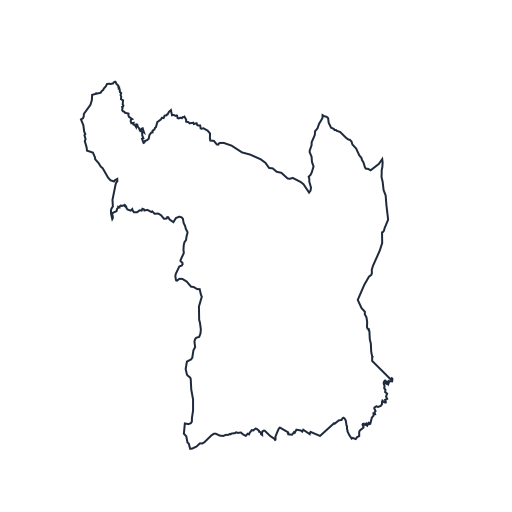 the district of Cogua, Cundinamarca, Colombia, rotated 348°
{"feature_id": "7082276B60465848550372", "entity_name": "Cogua", "entity_type": "district", "adm_level": 2, "iso_a3": "COL", "parent_name": "Colombia", "parent_adm1": "Cundinamarca", "projection": "equal_earth", "projection_center": [-74.006, 5.108], "detail": "fine", "context": "isolated", "style": "outline", "palette": "slate", "viewbox_px": 512, "rotation_deg": 348, "n_neighbors": 0, "source": "geoboundaries", "source_scale": "gbopen_adm2", "svg_char_len": 6109}
<svg xmlns="http://www.w3.org/2000/svg" viewBox="0 0 512 512"><g transform="rotate(348 256 256)"><path d="M399.6,187.5L395.3,191.5L385.9,196.0L383.7,194.0L381.7,193.5L381.0,192.2L380.6,187.0L379.6,184.0L379.5,181.8L378.0,179.2L376.3,171.7L373.5,167.0L373.2,163.9L372.1,162.0L370.5,161.2L368.7,159.2L364.1,152.2L361.1,150.4L360.4,149.4L359.1,149.2L358.5,147.8L356.1,146.1L354.8,140.8L355.2,136.1L354.1,134.6L351.6,133.3L350.4,132.1L349.7,134.9L345.1,139.9L342.7,143.9L339.7,146.3L338.7,149.8L334.1,156.3L333.4,159.2L330.4,164.1L330.1,165.7L331.0,170.5L330.3,175.6L330.9,180.4L327.8,186.0L326.1,188.1L324.0,189.4L324.2,191.3L323.6,194.4L324.0,200.7L322.9,203.4L321.1,205.0L317.4,195.7L315.2,193.0L308.2,187.3L304.9,187.5L303.0,186.7L298.1,179.9L293.7,177.9L290.6,173.8L287.1,172.6L284.6,166.8L280.7,162.4L271.4,155.6L263.9,151.8L255.1,143.0L248.0,138.7L244.3,137.9L243.1,138.2L242.3,139.2L240.9,138.8L238.7,134.6L235.3,133.6L235.4,131.3L236.5,126.6L234.8,123.4L231.1,120.1L229.2,120.2L228.4,119.7L228.5,116.7L226.4,116.3L225.6,115.4L225.5,113.8L222.6,114.0L222.4,112.6L218.6,112.4L217.7,111.0L215.6,110.1L216.0,108.0L215.0,104.8L214.1,105.2L213.0,104.9L212.1,105.8L210.6,105.0L209.1,105.4L208.0,104.8L208.0,102.4L207.7,102.0L206.4,102.2L204.8,100.9L203.1,100.9L203.1,95.6L200.7,97.0L199.0,99.1L198.2,99.1L197.7,99.8L195.8,99.7L194.3,101.9L192.8,101.2L191.3,102.7L187.3,104.5L185.0,109.0L183.7,109.8L183.0,111.1L181.0,111.9L180.5,113.6L179.4,113.4L177.0,115.4L175.4,119.0L173.4,120.1L171.4,120.3L170.4,121.8L169.5,122.0L168.9,117.6L170.3,117.4L169.8,114.5L170.3,111.4L171.2,110.7L172.1,111.8L171.7,107.5L170.6,107.7L169.5,109.6L168.9,109.8L168.3,108.3L168.4,107.2L167.2,104.9L167.2,102.8L166.4,102.4L165.5,104.9L164.8,102.9L163.4,101.8L164.0,100.3L161.7,100.2L161.4,98.1L161.9,96.8L163.4,96.4L160.7,93.5L160.4,92.2L160.9,90.2L157.6,88.7L157.2,87.5L155.9,86.8L155.4,85.4L156.2,83.4L156.0,82.4L157.1,82.1L157.6,81.1L157.1,80.1L158.3,76.1L156.5,74.5L157.3,72.1L157.0,70.4L158.0,68.6L157.0,67.4L157.3,64.4L156.5,63.8L157.2,62.5L156.5,62.1L156.7,60.6L155.3,58.8L155.0,56.9L154.4,56.2L152.8,56.7L152.1,57.5L149.3,57.5L148.2,56.9L146.0,56.8L144.3,58.9L141.9,60.6L141.2,61.7L139.1,62.8L138.1,64.0L134.3,64.1L133.6,63.6L133.3,64.1L129.2,64.3L127.9,69.3L125.5,73.7L117.2,81.2L116.5,83.7L115.4,85.3L113.2,86.0L114.3,92.1L113.8,98.9L114.4,101.2L113.3,102.2L113.6,106.2L112.4,108.1L112.9,114.3L112.6,117.8L118.0,121.0L119.0,126.2L118.8,127.9L121.3,132.3L122.7,136.2L124.3,138.3L127.6,148.6L129.4,151.7L132.6,153.6L133.4,152.7L136.3,151.8L135.9,154.1L134.7,154.9L133.4,157.1L127.3,171.2L126.3,177.8L124.6,179.4L123.6,181.2L123.0,184.7L123.1,190.0L123.8,189.2L124.2,187.3L123.9,185.6L124.7,184.1L128.9,183.1L130.0,180.9L131.5,180.0L131.5,179.4L132.6,180.1L132.9,179.2L134.3,178.5L135.2,179.2L137.2,178.9L138.1,180.0L138.5,179.2L139.3,180.6L139.3,182.2L140.0,183.8L142.9,185.6L144.7,184.4L144.8,185.8L145.7,187.8L148.7,188.5L151.7,187.1L153.6,187.8L154.7,186.2L156.1,187.1L156.3,188.3L159.3,188.3L162.8,191.2L163.8,190.8L165.6,193.6L169.3,194.2L171.6,196.4L173.7,200.4L176.3,200.8L177.3,199.5L178.2,199.8L179.1,202.4L182.2,205.7L185.6,202.2L189.2,201.6L191.3,202.8L192.2,204.3L192.1,208.9L192.9,211.9L193.0,214.9L193.9,218.1L193.8,219.2L192.3,222.0L190.9,225.8L188.9,227.6L187.6,230.3L186.4,234.6L186.0,238.1L181.2,244.5L181.2,245.5L182.6,247.3L182.5,248.8L181.4,249.9L178.8,250.3L173.9,256.7L172.9,258.9L172.7,262.7L172.9,263.4L173.6,263.7L176.3,262.4L179.2,263.1L182.9,266.6L186.1,272.5L188.6,273.4L191.6,276.2L194.0,276.7L194.1,282.4L194.5,284.6L189.7,293.5L187.1,306.7L187.3,309.5L186.8,316.3L185.6,320.2L183.6,323.3L180.4,323.6L179.2,324.6L178.0,326.8L177.5,332.5L175.2,335.2L172.5,342.3L170.9,343.7L166.5,344.9L163.7,351.9L163.8,357.5L164.1,358.5L166.3,361.2L166.6,362.6L164.9,373.2L164.6,383.3L162.3,394.1L159.7,401.0L158.8,404.7L157.5,406.0L154.9,406.4L151.6,405.0L148.5,414.8L150.3,417.8L150.2,424.2L151.2,425.5L151.5,430.9L153.6,431.1L158.2,430.0L162.2,427.6L164.3,428.2L166.7,427.5L174.9,422.3L177.8,421.1L179.6,421.4L183.3,424.2L186.6,425.2L189.3,424.7L191.9,425.2L193.5,424.6L194.1,425.1L195.2,424.6L198.8,424.9L199.9,424.3L201.5,425.3L204.5,425.5L206.2,427.8L208.6,429.8L210.9,428.1L212.1,429.0L212.9,427.8L215.7,425.4L216.9,426.1L219.7,424.7L220.7,425.2L222.6,427.6L222.5,428.5L223.9,429.4L223.9,431.3L224.8,432.3L225.1,430.3L226.0,428.8L227.5,428.4L228.2,428.7L232.6,435.2L235.7,438.3L236.4,439.9L236.9,439.7L237.5,436.7L240.0,432.9L242.5,429.5L243.7,428.8L250.8,435.2L250.8,436.3L250.3,436.6L250.6,437.2L254.1,438.3L256.6,436.2L257.1,437.0L259.4,434.3L263.6,436.0L264.7,437.4L266.1,435.8L271.2,441.1L271.3,440.5L272.0,440.7L272.8,439.4L281.2,445.3L297.6,435.8L298.1,436.4L302.8,434.0L305.6,434.2L306.9,432.7L308.0,432.4L308.8,433.3L309.6,435.5L309.3,440.6L309.6,441.6L309.0,444.2L309.3,445.7L309.0,446.6L310.1,450.8L311.6,454.5L312.6,454.0L315.5,455.8L317.0,454.3L319.5,453.6L320.3,449.8L321.1,448.4L325.4,446.2L325.6,445.6L325.1,443.2L325.6,442.5L326.6,442.4L327.4,443.8L328.8,442.9L328.9,444.5L329.5,445.1L330.5,443.3L331.6,442.5L332.0,442.8L332.0,444.0L332.9,443.9L335.7,438.2L337.8,436.6L338.2,434.4L338.7,434.6L338.9,435.4L339.6,435.5L339.4,433.6L340.7,432.5L340.0,429.8L340.3,428.9L342.5,428.0L343.9,429.0L346.8,428.6L348.4,427.2L348.9,425.0L349.6,423.8L351.0,425.8L352.4,426.3L352.7,425.7L352.3,423.6L354.6,423.0L354.0,420.5L355.6,417.9L354.0,415.9L354.8,413.8L353.9,412.0L354.7,410.0L354.4,407.3L354.7,406.1L356.0,404.7L356.7,404.8L357.1,405.8L356.4,407.6L357.8,408.6L358.3,406.8L359.1,406.2L359.2,408.1L360.4,406.2L363.1,406.9L363.9,404.5L363.4,403.7L361.9,404.4L347.8,382.8L348.5,379.5L349.1,378.8L348.7,378.2L348.8,373.4L350.1,365.8L350.0,361.0L351.3,353.1L350.8,352.2L351.3,351.2L350.0,350.2L349.8,348.5L351.0,343.8L351.3,338.9L350.3,335.7L350.9,333.2L348.4,328.9L346.4,320.1L356.0,306.6L362.2,299.7L364.9,298.4L365.8,296.8L366.4,293.5L368.4,289.9L378.2,276.4L382.1,269.6L384.2,259.1L385.4,258.8L386.5,257.7L387.4,255.8L392.8,247.9L394.1,233.7L395.4,223.8L394.5,218.1L395.3,209.8L395.2,205.0L396.9,197.8L398.0,195.5L399.3,190.9L399.6,187.5Z" fill="none" stroke="#1e293b" stroke-width="2"/></g></svg>